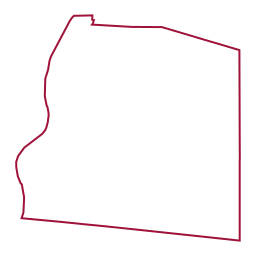 outline of Ohio, West Virginia, United States of America
{"feature_id": "52423323B20153460814432", "entity_name": "Ohio", "entity_type": "district", "adm_level": 2, "iso_a3": "USA", "parent_name": "United States of America", "parent_adm1": "West Virginia", "projection": "orthographic", "projection_center": [-80.674, 40.101], "detail": "fine", "context": "isolated", "style": "outline", "palette": "rose", "viewbox_px": 256, "rotation_deg": 0, "n_neighbors": 0, "source": "geoboundaries", "source_scale": "gbopen_adm2", "svg_char_len": 635}
<svg xmlns="http://www.w3.org/2000/svg" viewBox="0 0 256 256"><path d="M239.7,240.6L239.7,160.1L239.8,158.6L239.7,135.0L239.4,50.1L204.6,39.8L161.9,27.1L131.7,26.9L92.1,24.6L92.7,23.9L93.9,20.1L92.2,19.7L92.4,15.4L74.0,15.8L73.8,15.9L72.1,17.6L69.7,21.1L52.6,53.4L50.9,56.7L49.5,61.0L48.1,69.7L45.3,78.6L44.8,96.0L46.6,105.5L47.3,106.6L48.4,111.9L48.7,115.1L47.7,122.5L46.3,127.6L45.2,130.2L42.3,133.8L24.3,147.6L18.1,156.1L16.2,161.9L16.3,167.5L17.8,176.2L20.6,183.2L21.8,184.4L24.1,197.2L24.0,200.5L23.5,210.6L23.4,212.7L21.6,218.2L61.3,221.9L86.8,224.5L104.4,226.2L239.7,240.6Z" fill="none" stroke="#9f1239" stroke-width="2"/></svg>